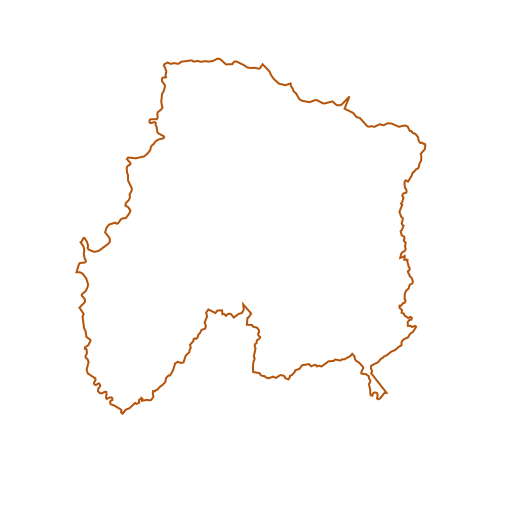 the district of Nova Monte Verde, Mato Grosso, Brazil, rotated 195°
{"feature_id": "56859067B49038615674906", "entity_name": "Nova Monte Verde", "entity_type": "district", "adm_level": 2, "iso_a3": "BRA", "parent_name": "Brazil", "parent_adm1": "Mato Grosso", "projection": "natural_earth1", "projection_center": [-57.251, -9.927], "detail": "fine", "context": "isolated", "style": "outline", "palette": "amber", "viewbox_px": 512, "rotation_deg": 195, "n_neighbors": 0, "source": "geoboundaries", "source_scale": "gbopen_adm2", "svg_char_len": 6091}
<svg xmlns="http://www.w3.org/2000/svg" viewBox="0 0 512 512"><g transform="rotate(195 256 256)"><path d="M389.5,264.0L391.6,258.9L394.7,257.7L396.0,256.4L397.6,252.1L398.9,251.1L400.6,251.8L405.8,248.5L406.8,246.9L407.8,243.8L407.8,239.7L402.1,235.5L400.9,232.5L401.2,230.8L402.4,228.8L409.1,220.4L412.6,218.4L414.9,218.2L419.6,219.0L420.7,220.4L420.9,222.7L423.1,226.1L426.4,229.1L427.4,228.5L427.9,225.4L429.0,223.8L424.9,220.4L423.1,216.3L423.1,214.3L422.5,212.6L420.7,209.0L419.3,207.8L419.0,206.4L419.9,205.2L424.0,203.8L424.9,202.5L425.2,193.9L421.8,194.7L418.9,194.1L414.1,190.3L410.7,184.9L410.7,181.3L411.4,178.1L414.3,174.0L414.1,172.6L410.3,170.1L409.4,168.1L409.8,166.4L413.2,160.4L407.5,155.5L407.8,152.4L403.5,142.0L401.1,139.2L398.9,134.0L394.7,132.4L393.9,131.4L394.9,126.4L397.6,123.5L397.3,122.1L395.5,122.0L394.1,118.3L394.8,115.3L394.0,113.5L392.1,112.8L390.2,110.2L390.2,102.4L388.1,99.0L379.5,96.2L378.9,94.7L379.7,91.5L379.0,90.2L377.2,89.9L375.1,92.3L373.9,91.8L372.8,90.3L374.0,86.8L373.8,84.7L371.7,83.2L369.4,83.4L366.8,85.8L365.4,85.9L364.7,84.0L364.2,80.3L363.3,79.3L360.7,81.5L359.0,82.0L357.9,81.4L357.5,79.7L359.0,78.3L359.1,76.9L358.0,75.2L354.7,75.0L346.6,72.7L345.9,71.7L345.9,70.1L344.0,69.1L342.1,73.8L338.8,76.2L334.8,82.7L333.2,82.2L330.8,84.2L331.5,85.5L331.5,87.2L330.3,87.8L330.1,89.2L328.6,88.5L328.6,86.7L324.0,88.9L321.4,89.0L320.1,89.8L318.6,93.5L320.3,97.0L320.4,98.9L318.9,99.0L318.2,100.4L316.8,101.2L314.6,105.4L313.3,106.7L311.0,110.7L311.3,114.8L309.5,118.0L308.1,118.3L306.6,123.8L306.3,131.2L304.2,133.6L301.0,133.2L298.5,134.4L298.1,141.6L295.5,145.8L295.8,148.3L295.3,150.2L296.7,153.3L294.5,157.6L294.8,159.5L293.9,160.5L292.5,160.4L291.2,162.5L291.4,164.6L290.1,167.3L289.5,170.4L286.4,172.7L286.2,175.2L288.4,178.6L287.6,185.0L289.5,188.3L288.2,192.0L280.4,190.4L279.2,193.3L274.7,194.7L273.4,191.1L272.1,191.8L269.4,190.5L268.6,192.3L267.0,193.3L265.3,193.5L261.5,190.8L257.8,195.6L255.0,197.2L253.9,200.7L255.8,205.9L245.8,199.2L247.2,194.9L248.2,193.8L247.0,187.2L242.0,188.3L240.7,187.0L236.3,187.0L233.8,184.9L233.3,183.2L233.9,181.6L233.3,180.1L231.0,178.7L231.5,176.8L232.9,175.4L233.3,173.9L232.9,172.1L234.2,170.3L233.9,168.4L232.8,167.2L232.4,165.0L232.1,158.2L231.0,157.2L230.7,155.5L231.1,153.7L230.5,148.7L228.7,143.2L222.2,143.8L220.9,142.3L218.7,141.8L216.6,142.2L215.2,141.3L212.4,141.0L208.3,143.9L205.3,143.3L201.7,147.3L198.7,147.5L197.2,147.1L196.3,145.6L192.8,145.2L192.1,147.2L192.1,149.0L190.5,150.3L188.6,154.1L188.5,155.7L184.8,158.3L183.2,162.4L176.9,165.3L174.3,163.7L171.1,166.0L169.9,166.2L168.5,165.1L166.6,166.4L164.1,166.2L158.7,173.0L153.7,174.8L152.8,176.5L147.3,176.9L146.1,178.5L143.8,179.1L139.1,183.7L137.7,186.4L135.0,184.6L133.5,181.8L132.4,180.8L128.5,179.5L123.9,176.5L123.4,174.9L124.3,171.9L123.8,169.7L119.2,170.3L116.0,169.1L114.9,166.7L113.6,165.6L113.0,163.9L113.8,161.6L111.2,156.6L109.8,152.0L108.8,151.0L107.5,151.2L107.6,152.7L106.9,154.4L105.2,155.1L103.6,154.9L102.6,153.5L102.2,149.7L100.7,149.3L99.3,150.5L96.5,156.9L94.5,157.6L114.3,172.5L114.1,174.8L116.0,177.5L116.3,179.9L110.5,185.1L108.8,189.0L107.1,190.5L106.6,191.8L104.0,194.0L100.4,198.8L97.4,201.1L94.1,205.8L92.4,207.2L93.1,210.5L92.7,212.0L91.6,213.9L88.1,216.7L87.1,220.5L84.7,223.4L83.0,229.0L84.0,229.7L87.1,227.8L88.5,228.5L91.2,227.8L92.4,231.3L91.2,233.9L89.5,234.7L89.3,236.3L90.8,237.3L92.9,235.5L97.2,237.0L98.1,238.5L100.7,238.9L100.8,241.4L104.0,243.2L104.5,245.2L103.0,245.6L101.8,248.4L100.4,249.2L100.0,250.7L100.2,252.1L101.3,252.9L102.4,257.3L102.2,261.0L100.2,264.0L100.1,267.9L97.9,270.0L97.8,271.9L100.0,275.1L102.5,276.5L103.0,277.8L104.5,279.0L105.4,280.5L104.2,281.8L104.3,283.9L105.7,285.1L108.6,290.2L108.7,291.5L111.8,290.7L111.8,292.9L112.5,294.5L113.4,293.3L116.2,291.5L116.3,295.8L115.6,297.5L113.6,299.3L113.2,301.3L114.6,304.1L114.9,307.7L117.0,308.8L117.4,310.1L117.0,311.5L118.0,313.0L120.7,313.8L122.7,317.4L121.8,319.1L121.3,323.5L122.7,324.1L123.8,325.3L123.6,328.9L124.1,330.7L125.8,331.4L128.9,335.8L128.0,343.4L129.5,344.1L128.8,345.8L128.6,350.5L130.2,351.7L130.3,353.7L128.9,355.3L127.2,356.1L127.4,357.8L128.2,359.3L129.5,360.2L131.2,363.9L131.6,366.9L130.8,367.9L128.5,367.1L126.4,374.0L126.1,377.4L125.0,378.4L123.9,381.1L122.2,382.5L121.8,384.4L122.0,387.2L121.2,391.1L122.3,395.7L123.3,397.4L120.6,402.7L121.0,406.6L122.0,408.0L123.5,407.7L124.9,408.5L126.4,407.7L127.8,408.5L129.0,409.9L130.0,412.4L132.5,414.5L134.3,415.4L136.3,415.3L138.3,416.9L139.7,416.5L143.0,420.3L145.8,420.7L151.4,417.8L159.1,419.0L163.2,418.3L166.6,415.3L170.7,415.2L175.1,411.4L178.1,411.3L180.0,410.2L182.0,410.1L191.6,416.3L194.7,416.1L199.3,419.4L208.6,421.2L207.0,434.3L212.4,424.5L214.1,423.2L217.1,422.6L222.2,425.1L229.4,421.0L231.3,420.9L237.5,422.3L239.0,422.0L244.0,418.5L251.6,417.8L255.0,418.9L259.1,423.2L262.4,424.9L263.7,427.0L266.3,429.3L267.3,431.6L271.8,428.6L278.3,428.4L284.5,431.5L288.1,434.5L290.9,437.9L299.2,442.9L300.6,438.9L301.4,437.7L306.2,437.4L309.9,436.2L313.5,435.9L316.5,437.1L325.0,438.8L326.8,438.4L327.8,437.4L328.5,435.2L334.5,433.3L341.3,436.8L344.1,436.8L348.1,433.3L351.7,431.6L355.7,431.0L359.1,429.4L363.2,429.2L366.5,427.6L368.4,428.3L370.1,427.8L378.7,424.2L379.8,422.4L381.3,421.4L384.7,421.2L388.2,419.5L391.7,419.9L394.2,417.4L394.3,416.0L392.8,414.7L390.3,411.0L390.2,407.1L389.2,405.4L392.4,404.0L392.6,402.3L392.1,400.6L388.3,397.5L387.7,395.3L387.9,390.9L388.7,388.2L388.3,385.8L387.5,380.6L384.8,375.0L385.4,373.1L387.9,369.7L388.2,368.1L386.8,364.0L387.3,362.4L392.7,361.0L393.9,360.0L393.7,358.0L392.4,357.0L388.8,359.0L387.3,358.7L387.0,356.8L385.5,355.1L383.5,350.4L382.5,349.3L376.4,347.9L375.5,347.2L375.8,345.8L380.6,343.1L382.8,340.5L383.9,337.5L385.3,335.7L385.8,333.4L385.5,331.0L387.5,326.5L389.9,323.2L397.5,319.2L404.9,318.1L405.8,316.2L401.3,313.3L401.1,311.7L403.0,310.2L403.6,308.7L403.4,306.4L401.8,302.5L400.6,301.1L399.1,295.7L393.5,289.3L393.0,287.1L394.0,282.8L392.9,279.7L393.3,277.2L395.1,274.1L395.5,272.5L395.1,270.8L392.2,270.1L389.0,267.4L389.5,264.0Z" fill="none" stroke="#b45309" stroke-width="2"/></g></svg>